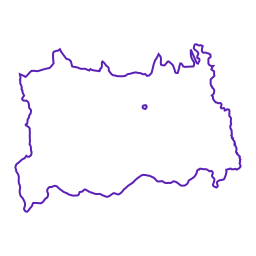 Dilolo, Katanga, Democratic Republic of the Congo
{"feature_id": "63176286B33518015273847", "entity_name": "Dilolo", "entity_type": "district", "adm_level": 2, "iso_a3": "COD", "parent_name": "Democratic Republic of the Congo", "parent_adm1": "Katanga", "projection": "natural_earth1", "projection_center": [23.36, -10.539], "detail": "fine", "context": "isolated", "style": "outline", "palette": "violet", "viewbox_px": 256, "rotation_deg": 0, "n_neighbors": 0, "source": "geoboundaries", "source_scale": "gbopen_adm2", "svg_char_len": 5747}
<svg xmlns="http://www.w3.org/2000/svg" viewBox="0 0 256 256"><path d="M201.1,45.3L200.6,45.2L199.3,45.5L198.6,45.4L196.5,44.3L195.5,44.3L194.8,44.6L194.4,45.2L193.8,48.0L193.9,48.5L195.1,49.9L197.4,51.7L198.0,52.6L198.3,53.5L198.3,54.0L197.4,55.9L197.2,57.7L197.6,58.2L198.7,58.4L199.2,58.7L199.4,59.2L199.5,60.5L198.0,63.6L196.8,63.2L190.8,49.5L190.8,54.1L191.0,55.9L191.4,57.4L192.0,59.0L194.0,62.3L194.1,64.7L193.5,66.4L185.0,66.9L183.1,66.4L182.4,64.9L181.4,63.6L180.3,63.4L179.3,66.6L179.1,68.4L177.7,73.0L175.9,72.9L175.0,71.8L174.8,70.3L173.1,65.6L172.5,64.7L168.8,61.5L168.1,61.4L167.5,61.9L164.6,65.3L162.8,65.4L161.0,64.6L160.8,62.7L161.0,58.5L160.5,56.6L158.6,54.1L156.9,57.7L155.0,60.5L153.7,64.3L151.6,72.9L149.3,75.4L147.0,75.9L145.5,74.2L145.0,74.0L144.2,74.3L142.3,74.1L140.8,73.2L137.5,72.8L135.8,72.3L134.0,72.8L132.7,72.8L131.8,73.3L129.6,73.9L128.1,74.0L127.4,74.3L125.3,75.9L122.2,76.3L116.6,76.1L115.5,75.5L113.6,75.4L112.3,74.8L111.5,74.1L109.3,71.4L108.9,70.5L108.7,68.3L108.3,67.3L106.1,65.5L104.2,62.9L102.5,61.5L102.1,62.1L101.8,63.0L101.9,63.9L101.9,66.3L101.5,67.5L100.8,68.3L100.9,68.5L99.8,69.5L99.9,70.4L99.4,71.2L93.3,70.3L91.4,69.7L90.4,69.1L89.3,70.5L87.2,69.8L85.5,68.8L80.7,68.8L79.4,68.3L78.0,67.6L72.2,66.5L70.8,61.2L69.8,60.3L69.3,59.6L66.9,59.0L66.1,58.5L61.2,51.9L59.9,49.2L58.0,50.7L56.6,50.8L53.8,51.7L53.1,53.3L53.0,57.3L53.6,63.3L51.6,65.9L49.6,68.0L45.2,68.9L37.6,71.2L35.3,70.9L31.5,70.9L30.3,71.9L25.9,76.7L25.2,76.8L24.1,76.0L19.9,74.2L20.5,77.9L20.4,78.8L19.9,79.8L20.3,80.7L20.2,83.3L21.5,86.1L21.8,88.0L21.5,89.2L21.8,89.9L22.5,90.6L22.4,91.7L22.8,92.9L24.1,95.6L22.0,98.7L22.6,99.9L23.5,100.6L26.5,100.7L27.9,101.8L28.7,103.2L29.2,107.9L30.9,109.9L31.0,111.5L30.4,114.0L29.6,114.8L29.0,116.0L28.9,117.6L27.6,119.5L27.3,123.2L27.0,123.9L25.8,124.3L25.8,125.3L26.9,125.9L29.2,127.6L29.8,128.6L29.6,130.0L29.9,132.5L29.7,135.2L30.0,141.7L29.5,144.1L30.5,145.7L30.9,147.5L31.0,150.8L31.5,151.7L31.5,153.7L30.9,155.4L29.2,156.7L27.8,156.8L26.3,155.8L24.7,158.2L22.2,159.4L18.4,162.8L17.2,163.6L16.1,164.8L15.6,166.2L15.4,167.5L15.9,169.4L16.2,169.9L16.2,171.3L17.9,174.0L18.6,175.7L18.8,176.8L18.7,182.0L19.0,183.7L19.7,185.1L20.0,186.3L20.1,187.7L19.7,190.8L19.7,192.6L20.1,194.4L20.7,196.0L22.7,198.2L23.5,199.6L24.5,201.7L25.0,203.6L25.1,205.1L24.0,208.8L24.2,209.6L25.3,211.1L25.9,211.6L27.1,211.7L28.1,210.9L29.6,208.8L31.5,206.6L32.1,205.7L32.9,203.3L33.3,203.0L35.2,202.9L40.8,203.3L41.9,202.8L43.5,201.3L45.0,199.0L47.0,197.7L47.8,196.3L48.0,195.5L48.1,193.7L47.3,191.9L47.2,190.2L47.4,189.4L48.1,188.3L49.3,187.1L51.7,187.0L52.8,186.4L54.5,185.9L55.7,185.9L56.9,186.4L59.4,188.8L63.8,192.0L67.7,193.6L67.9,194.1L70.8,195.1L73.1,195.6L77.3,195.5L78.7,194.7L79.7,192.0L81.9,191.7L82.7,191.3L83.6,190.2L84.5,189.5L85.3,189.5L86.5,190.1L89.1,191.7L94.6,193.7L96.3,194.1L98.9,193.9L100.2,194.0L102.0,195.0L106.1,196.7L107.2,196.8L109.1,196.2L113.1,193.4L114.1,193.1L117.2,194.2L118.6,194.4L119.2,194.2L121.5,192.4L124.2,189.1L126.2,187.6L127.9,185.9L132.3,183.0L132.5,182.7L132.9,182.6L135.1,180.2L137.5,178.2L141.0,175.7L142.8,174.9L145.1,175.0L149.8,175.9L152.7,177.3L153.3,177.4L155.1,178.9L156.9,181.0L157.8,181.4L159.3,181.5L162.2,181.1L164.5,182.6L165.8,183.0L166.6,183.1L168.7,182.8L170.2,183.1L172.5,182.0L173.2,181.4L174.0,181.3L175.8,181.9L177.6,182.9L179.7,184.7L181.0,185.5L182.5,185.7L184.8,185.5L186.8,184.2L188.1,182.4L188.6,180.8L189.2,180.2L191.3,179.0L194.2,176.9L195.7,174.9L196.7,172.9L197.0,171.0L197.7,170.1L198.4,169.5L199.3,169.5L199.7,168.8L200.7,168.7L203.6,169.2L205.7,169.2L207.2,169.6L209.3,171.2L211.5,171.0L212.3,171.6L212.8,172.7L212.8,173.0L212.6,174.2L212.2,174.8L212.0,175.7L212.2,176.6L214.2,178.6L214.4,179.5L214.1,181.6L213.4,183.3L212.9,185.0L213.1,185.6L213.9,186.4L216.3,187.5L216.7,187.4L217.8,186.1L217.2,184.0L216.9,182.3L217.8,181.3L219.6,180.3L222.9,179.7L224.1,179.1L225.1,176.8L225.9,174.5L226.5,171.8L226.2,170.3L226.4,169.6L227.4,169.5L228.0,169.2L229.4,169.0L230.0,168.6L230.7,168.6L231.4,169.2L232.1,169.4L232.8,169.2L233.9,169.3L235.4,168.8L236.8,169.6L238.9,168.4L240.0,167.4L240.3,166.6L240.6,166.3L240.3,165.0L239.6,163.5L239.8,162.5L240.2,161.9L239.8,160.3L240.4,159.7L239.9,158.6L239.6,158.0L239.5,157.6L239.9,157.2L239.9,156.9L239.6,156.2L239.1,155.7L238.5,155.5L238.2,155.1L237.6,154.2L237.1,154.0L237.0,153.0L236.6,153.0L236.0,152.0L236.5,149.7L236.4,148.1L236.0,147.0L235.0,145.2L235.2,144.4L235.0,143.7L234.5,144.1L234.5,141.7L234.3,141.1L233.3,140.1L232.9,139.3L233.1,138.7L233.0,138.3L232.3,138.5L232.0,138.2L231.7,137.0L231.9,136.5L231.3,135.3L231.8,134.9L231.9,134.4L231.7,133.4L231.7,131.9L231.5,131.2L231.6,130.4L231.2,129.4L230.9,129.3L230.4,128.0L230.2,125.9L230.8,125.1L231.2,123.9L230.8,122.7L230.8,121.0L231.1,118.5L230.8,117.8L229.3,115.9L229.3,113.9L229.5,111.4L229.1,109.7L228.0,109.4L226.7,109.4L225.9,110.2L224.7,110.5L224.5,109.1L224.0,108.1L221.3,108.3L220.7,107.2L221.5,105.1L221.5,104.3L221.1,103.6L220.6,103.1L217.9,103.2L216.7,102.4L216.0,102.5L215.0,101.7L213.1,99.0L212.9,98.5L213.1,97.5L212.9,96.9L211.8,95.4L212.8,94.8L213.4,94.2L213.9,93.0L214.2,91.4L214.2,90.1L213.3,88.4L212.3,87.8L211.8,86.2L211.1,85.7L210.6,83.6L210.7,79.3L214.2,76.1L214.4,75.8L214.1,74.4L214.1,71.7L213.8,71.1L211.6,69.7L211.3,69.1L211.8,68.4L212.1,67.5L213.2,66.0L212.1,66.1L210.2,65.6L209.4,65.0L208.4,63.7L208.4,59.5L208.5,58.7L209.2,58.0L210.5,57.1L210.7,56.3L210.4,55.4L210.3,54.5L208.6,53.5L206.9,53.1L205.8,52.6L203.2,52.7L202.4,51.9L202.0,51.3L201.8,50.4L202.1,48.1L202.6,46.6L202.6,45.9L201.9,45.8L201.1,45.3ZM145.7,105.1L146.4,105.8L146.7,106.9L146.5,107.5L145.7,108.7L145.3,109.0L143.1,108.3L142.6,107.2L142.7,106.5L143.3,105.6L144.7,105.3L144.9,105.4L145.7,105.1Z" fill="none" stroke="#5b21b6" stroke-width="2"/></svg>